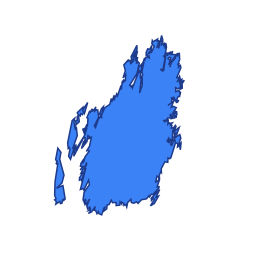 the district of Smøla nor, Møre og Romsdal, Norway, rotated 113°
{"feature_id": "86288312B9709733023788", "entity_name": "Smøla nor", "entity_type": "district", "adm_level": 2, "iso_a3": "NOR", "parent_name": "Norway", "parent_adm1": "Møre og Romsdal", "projection": "robinson", "projection_center": [8.005, 63.377], "detail": "fine", "context": "isolated", "style": "filled", "palette": "blue", "viewbox_px": 256, "rotation_deg": 113, "n_neighbors": 0, "source": "geoboundaries", "source_scale": "gbopen_adm2", "svg_char_len": 5807}
<svg xmlns="http://www.w3.org/2000/svg" viewBox="0 0 256 256"><g transform="rotate(113 128 128)"><path d="M127.6,71.3L120.8,73.4L124.0,75.0L116.7,75.4L113.8,77.8L118.3,80.8L117.1,81.1L118.6,82.5L121.9,79.0L121.2,81.2L126.9,81.0L126.7,82.3L122.8,82.9L123.8,85.2L125.7,84.1L124.2,85.3L125.3,85.2L124.8,86.8L121.7,86.6L123.3,85.5L121.9,85.0L122.3,82.4L112.8,85.8L111.8,84.9L117.0,82.1L113.9,81.9L114.9,80.6L107.5,81.1L113.0,84.2L108.6,84.4L110.5,85.8L110.1,86.0L106.2,85.3L109.6,86.0L111.3,88.1L108.5,88.6L108.7,90.0L106.0,89.3L108.1,92.2L106.5,92.4L108.6,92.9L104.2,94.3L106.3,94.3L105.6,95.1L107.8,96.7L106.7,97.3L107.7,98.7L105.5,95.5L103.3,95.4L102.2,92.7L98.7,94.7L100.5,91.8L102.4,91.7L101.1,89.9L101.1,91.3L96.8,91.6L99.9,89.4L99.1,87.8L97.9,88.2L98.4,89.2L96.4,88.3L94.0,89.7L94.1,91.0L96.5,90.0L95.5,91.2L97.0,92.6L90.4,91.5L90.4,94.8L92.1,96.3L85.5,96.5L91.6,100.0L87.4,97.6L83.5,99.5L84.2,97.1L82.5,98.4L81.8,97.9L85.6,93.4L84.8,92.4L83.1,92.3L83.6,94.2L79.3,94.2L78.9,92.8L74.0,93.7L75.5,94.1L73.4,95.9L75.9,98.2L72.3,99.9L72.6,97.8L70.9,96.2L71.9,95.0L70.1,93.6L67.6,94.8L70.1,95.1L69.0,96.1L62.1,94.8L64.8,96.7L62.1,97.4L63.7,98.7L61.8,99.1L63.2,99.2L68.4,96.3L63.6,100.0L66.7,100.9L61.4,99.8L60.3,100.7L63.3,100.7L61.9,101.6L62.5,102.8L51.8,102.9L50.0,104.2L52.3,105.3L48.2,106.3L50.9,106.8L44.8,107.2L39.3,109.9L40.0,111.1L42.8,110.2L40.3,111.4L41.0,112.1L45.2,111.8L51.1,113.6L55.8,113.3L51.6,113.7L53.1,115.3L49.5,115.6L48.3,118.4L46.6,117.5L46.7,116.0L50.7,115.0L49.7,114.6L50.4,113.9L41.8,112.5L43.0,116.1L41.9,116.6L43.6,117.0L43.4,117.6L39.8,116.6L43.2,118.6L42.0,118.9L43.4,120.0L42.5,120.2L46.2,119.9L43.7,120.8L44.0,122.2L61.1,117.7L62.2,118.6L61.1,119.7L61.8,121.3L60.0,118.7L49.6,121.1L47.8,122.4L48.3,123.7L46.8,122.4L38.7,124.1L35.1,126.3L38.7,125.0L39.5,125.3L34.9,127.7L37.1,126.6L38.1,127.3L36.6,128.1L37.2,129.5L39.4,129.9L34.5,129.5L35.5,130.1L34.5,131.6L33.5,130.3L29.7,133.2L42.8,130.9L41.1,131.8L42.1,132.8L35.8,133.4L35.6,134.7L37.3,135.1L34.6,135.5L38.9,138.7L38.0,139.8L41.1,139.0L42.5,135.7L49.1,136.0L51.9,138.7L47.2,137.2L42.6,138.3L46.7,138.7L47.8,140.4L46.8,140.8L51.4,140.8L53.9,139.7L53.2,138.7L54.9,137.2L53.6,136.7L55.1,135.7L54.8,138.0L56.0,139.3L59.9,138.9L57.0,140.1L61.8,139.8L63.1,139.2L60.9,139.1L71.1,137.1L73.5,135.1L76.2,135.9L76.0,134.6L83.4,131.5L91.3,131.0L77.2,135.1L77.2,136.3L71.9,138.1L72.2,139.2L71.0,139.4L71.2,138.0L63.4,140.2L68.8,142.0L72.0,140.1L89.3,139.6L87.6,140.8L88.9,141.1L87.8,142.6L88.7,143.3L74.4,141.0L64.0,142.9L63.0,144.8L65.5,145.5L58.9,146.8L63.6,147.6L53.2,149.4L62.6,149.9L58.3,150.4L61.0,151.5L52.2,150.4L48.4,152.1L61.1,153.0L64.2,150.9L62.0,150.3L64.6,149.3L66.9,150.3L64.5,151.5L66.7,151.4L65.0,152.6L66.5,154.1L64.7,154.2L71.5,156.5L76.2,152.9L83.8,152.1L79.8,151.0L85.2,148.9L87.5,150.1L84.8,150.5L87.7,151.4L95.4,149.1L91.6,151.0L102.6,150.2L101.1,151.8L104.1,151.6L103.9,152.8L107.0,151.5L107.7,152.4L106.5,152.3L105.1,153.4L110.5,153.2L107.3,154.9L113.4,154.0L118.4,157.3L126.1,157.4L117.9,159.0L120.7,160.0L126.8,159.7L126.2,158.4L127.6,157.6L126.7,157.4L128.6,156.5L128.2,157.8L129.9,158.2L129.2,158.9L140.3,158.1L139.2,159.8L129.4,159.2L123.2,162.9L123.9,164.2L123.0,164.3L124.9,165.0L121.1,165.9L125.2,166.2L124.8,167.3L127.0,167.5L124.4,168.5L129.2,169.0L127.0,169.9L134.6,169.9L134.8,168.6L142.3,166.0L143.3,166.7L141.4,167.1L141.4,167.3L147.0,167.0L145.5,168.0L146.8,169.1L150.8,165.4L143.7,165.9L151.1,165.0L167.9,167.5L164.1,169.3L165.1,170.0L175.2,166.9L154.0,165.1L153.7,163.6L157.0,162.7L155.6,161.7L160.1,162.7L157.1,163.0L157.9,163.6L165.1,162.8L156.6,160.5L150.5,161.9L151.2,159.7L153.8,160.4L150.9,158.1L159.9,156.3L165.9,157.2L164.1,156.6L164.3,154.6L171.4,156.3L176.5,155.5L178.5,156.3L173.3,156.4L178.7,157.5L181.7,156.9L181.1,154.9L185.4,155.5L180.9,154.1L180.3,152.3L175.9,152.7L177.9,151.8L182.5,152.1L181.8,152.7L184.3,153.5L188.1,153.6L186.4,151.9L192.8,153.2L195.0,152.3L193.5,151.0L194.5,150.1L181.3,151.2L203.2,147.8L201.4,146.0L202.4,144.4L191.4,143.9L195.2,141.4L204.3,143.3L211.4,141.4L212.3,140.7L210.8,139.5L212.3,139.4L210.6,138.4L214.0,138.8L215.1,137.8L213.2,137.8L214.4,136.5L208.3,135.6L215.9,135.4L218.2,133.6L215.8,132.3L216.8,131.3L219.5,132.2L218.3,130.7L219.9,130.0L222.1,131.1L219.4,128.7L213.0,127.4L216.9,127.0L216.6,125.5L219.0,123.1L216.6,122.5L218.2,121.3L218.2,118.3L210.9,118.9L210.1,118.3L214.3,118.0L210.8,116.0L206.9,117.1L205.9,115.5L201.0,115.2L202.8,113.1L201.2,109.9L204.0,108.6L202.2,105.4L199.1,106.4L200.5,104.1L198.8,104.8L199.0,102.5L200.9,101.5L199.2,100.1L201.2,98.3L196.7,99.2L192.6,97.5L195.3,95.8L195.0,93.3L192.6,91.2L193.5,89.3L188.7,87.5L186.0,83.3L182.1,82.3L183.0,81.3L179.8,80.6L179.5,79.1L171.1,76.1L169.9,76.5L170.9,78.2L163.3,78.8L160.2,80.2L165.6,79.4L165.4,80.8L167.6,81.4L161.0,82.5L161.4,80.7L155.6,80.8L156.0,79.8L152.4,81.5L144.8,80.9L144.0,78.0L139.8,79.5L140.0,77.6L138.8,76.9L122.9,78.5L123.1,75.9L126.2,75.0L124.0,73.7L127.6,71.3ZM219.6,158.8L217.9,158.1L206.4,165.4L211.4,170.3L204.5,167.3L196.4,168.5L183.4,178.7L176.6,180.2L174.0,184.7L185.2,182.3L187.2,180.0L189.4,180.3L187.5,179.9L188.8,179.5L188.1,178.7L205.9,174.2L218.7,169.2L221.3,166.6L222.8,167.5L223.7,165.2L226.3,164.7L222.3,162.1L224.0,160.7L223.0,159.4L219.8,160.2L218.8,159.4L219.6,158.8ZM179.3,168.7L168.1,169.7L168.3,170.9L154.9,171.7L148.2,175.4L147.5,176.2L150.4,175.6L143.9,179.9L139.8,180.9L143.0,182.3L165.1,177.8L170.3,175.0L168.9,174.4L170.3,173.1L177.1,171.7L179.3,168.7ZM131.5,173.8L120.3,175.1L128.9,176.7L126.5,177.6L133.7,180.7L135.8,178.5L137.5,179.2L140.8,177.7L141.9,178.9L145.2,177.1L141.3,175.3L135.1,178.8L135.5,176.6L133.3,177.1L133.5,175.1L130.3,175.0L131.5,173.8ZM187.3,74.3L178.7,73.3L180.7,75.2L172.3,74.8L183.5,79.2L185.5,78.1L182.7,77.2L183.6,75.8L190.9,77.0L187.3,74.3Z" fill="#3b82f6" stroke="#1e3a8a" stroke-width="1.5"/></g></svg>